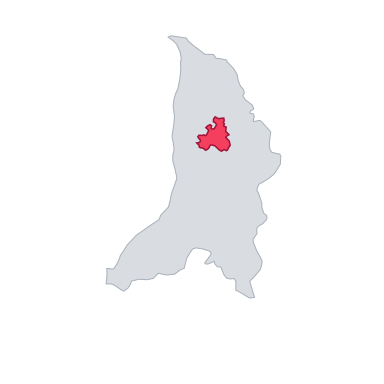 Moldova, with Sîngerei highlighted, rotated 38°
{"feature_id": "MDA-1622", "entity_name": "Sîngerei", "entity_type": "District", "adm_level": 1, "iso_a3": "MDA", "parent_name": "Moldova", "parent_adm1": "", "projection": "natural_earth1", "projection_center": [28.121, 47.671], "detail": "fine", "context": "in_parent", "style": "filled", "palette": "rose", "viewbox_px": 384, "rotation_deg": 38, "n_neighbors": 0, "source": "natural_earth", "source_scale": "10m", "svg_char_len": 2791}
<svg xmlns="http://www.w3.org/2000/svg" viewBox="0 0 384 384"><g transform="rotate(38 192 192)"><path d="M77.9,84.7L79.3,81.8L92.7,74.2L96.1,75.4L103.1,75.7L117.3,75.5L124.3,70.4L128.6,71.8L132.2,69.6L138.0,66.7L138.9,67.3L139.6,67.8L148.7,69.1L155.5,71.8L160.1,76.0L164.8,78.6L169.6,79.6L172.3,81.7L172.8,84.9L177.4,86.5L185.9,86.4L189.5,88.5L188.2,92.8L189.1,94.2L192.2,92.7L194.5,94.0L195.7,97.1L197.1,98.6L201.4,93.7L206.0,94.2L217.1,96.2L223.1,106.4L226.8,110.1L230.1,111.6L234.2,110.0L237.8,108.1L239.9,109.0L244.5,115.8L245.6,124.6L245.5,128.2L244.0,134.2L241.7,140.7L239.9,144.8L240.7,148.2L242.3,151.0L245.0,151.9L253.7,157.6L256.9,161.5L261.6,164.5L265.2,164.6L267.1,166.3L267.7,168.3L267.3,173.3L265.3,178.1L265.6,181.1L268.8,184.7L269.1,188.9L269.3,191.7L271.0,193.7L279.0,198.4L289.3,202.8L292.0,206.7L293.6,211.5L293.2,219.7L292.5,226.9L306.1,236.5L304.6,238.3L302.5,240.2L289.6,241.7L287.0,242.5L281.4,235.2L278.4,234.3L275.7,237.0L272.4,238.5L268.5,237.7L264.3,235.5L262.2,233.9L260.5,233.7L257.9,235.3L254.4,234.6L252.2,232.9L248.9,239.0L246.9,240.3L245.7,240.1L245.4,229.7L244.4,228.1L241.8,227.9L235.5,230.3L229.6,233.5L227.6,236.4L227.8,241.5L228.7,247.6L232.8,256.9L230.5,261.0L229.0,267.4L222.6,273.4L215.4,276.8L214.7,283.9L210.7,288.7L203.8,293.5L199.2,299.4L200.4,303.3L200.7,307.1L199.9,309.7L199.7,311.7L197.9,312.5L187.3,313.3L184.4,314.5L180.9,317.3L177.7,312.0L174.3,307.4L171.9,304.9L172.9,303.8L175.6,302.5L177.5,300.9L177.2,295.4L175.8,289.1L174.6,286.1L174.4,281.3L173.5,273.9L174.8,260.1L180.1,242.7L183.0,234.1L181.6,229.4L182.7,218.4L180.4,213.0L176.8,205.9L171.7,190.5L165.4,185.1L157.6,179.2L154.2,174.8L152.0,169.9L147.3,165.0L142.0,160.5L135.7,149.4L132.4,144.3L131.4,143.0L124.1,135.8L120.3,129.3L118.4,124.0L117.3,119.1L112.2,109.4L107.6,102.2L103.2,97.0L101.2,93.3L96.1,88.7L88.8,85.0L84.0,84.4L77.9,84.7Z" fill="#d9dde1" stroke="#a8b0b8" stroke-width="1"/><path d="M163.9,118.6L165.6,118.2L167.4,118.1L171.5,114.2L172.6,115.1L173.5,116.1L173.8,117.2L174.1,118.1L174.9,118.2L175.6,118.4L176.1,120.3L177.3,120.3L179.0,119.8L180.2,121.9L181.3,123.6L183.7,123.7L185.9,124.1L185.0,126.4L184.9,128.1L189.9,128.9L191.7,130.3L193.4,131.8L193.5,134.3L194.1,136.6L193.8,138.2L192.3,138.5L191.4,138.9L190.7,139.9L190.4,140.9L190.1,141.7L187.9,142.1L181.7,141.5L178.2,142.9L177.5,144.6L178.2,146.3L178.0,148.8L176.9,150.8L173.9,150.6L171.4,151.9L170.2,152.2L168.9,150.9L165.5,150.4L166.9,149.0L167.5,147.1L166.3,145.7L164.5,145.7L162.5,144.8L162.6,142.9L164.8,141.5L165.6,140.4L166.4,139.6L168.1,139.1L168.2,137.5L167.2,133.1L163.3,132.8L163.6,130.2L164.8,127.8L166.6,127.7L167.8,130.1L169.0,130.0L170.0,129.2L170.6,128.2L170.3,127.2L170.0,124.0L168.0,123.1L165.6,123.5L164.0,121.2L163.9,118.6Z" fill="#f43f5e" stroke="#9f1239" stroke-width="1.5"/></g></svg>